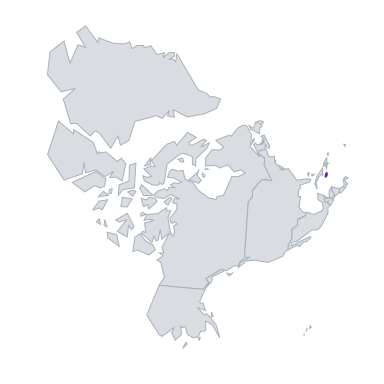 location of Jamaica within North America, rotated 275°
{"feature_id": "JAM", "entity_name": "Jamaica", "entity_type": "country or territory", "adm_level": 0, "iso_a3": "JAM", "parent_name": "North America", "parent_adm1": "", "projection": "mercator", "projection_center": [-77.28, 18.119], "detail": "fine", "context": "in_parent", "style": "filled", "palette": "violet", "viewbox_px": 384, "rotation_deg": 275, "n_neighbors": 17, "source": "natural_earth", "source_scale": "50m", "svg_char_len": 9350}
<svg xmlns="http://www.w3.org/2000/svg" viewBox="0 0 384 384"><g transform="rotate(275 192 192)"><path d="M131.6,250.0L126.1,245.7L122.6,244.5L121.8,239.7L116.6,233.3L117.5,227.8L106.8,213.5L103.0,216.9L96.0,211.5L96.1,167.4L104.8,171.9L119.3,167.0L121.2,162.9L125.9,168.7L128.5,164.8L128.7,169.1L134.3,166.9L146.4,171.8L149.1,174.6L146.3,177.2L149.9,178.3L156.8,176.8L158.9,179.9L161.0,177.3L159.0,175.0L160.3,173.2L164.2,172.4L173.4,178.5L179.3,177.8L179.1,174.5L180.8,173.6L183.9,175.4L183.9,180.3L187.6,170.9L183.2,165.2L183.3,158.7L185.7,154.2L190.2,157.9L192.9,164.6L191.1,167.4L194.8,168.6L194.8,174.2L197.4,169.9L199.7,173.4L199.1,177.3L201.0,180.8L204.5,172.5L204.6,166.4L210.3,167.7L212.9,170.4L211.6,176.0L212.7,181.2L204.1,184.0L201.1,192.4L194.5,197.7L187.6,209.1L186.7,216.7L189.6,217.3L191.4,223.6L211.0,230.4L211.3,236.7L215.6,243.3L218.2,239.0L215.8,232.0L222.2,225.6L218.3,217.3L220.6,213.2L219.1,203.2L227.5,202.7L235.8,208.4L236.4,216.7L239.6,219.5L245.6,211.3L251.8,224.0L251.1,226.3L259.8,232.2L262.9,236.7L263.0,240.3L254.5,246.3L242.0,246.3L232.8,256.4L244.7,249.3L246.4,250.8L244.6,252.8L245.8,258.0L248.4,259.5L251.6,259.0L253.6,255.9L255.0,258.9L244.1,265.5L242.6,265.3L242.5,263.0L245.9,260.7L240.6,261.1L239.3,255.7L236.5,254.6L232.1,261.5L225.5,261.5L210.7,270.5L209.3,269.7L211.2,265.4L210.4,260.5L199.0,252.1L192.6,252.6L186.4,248.9L131.6,250.0ZM207.6,202.7L209.1,200.7L211.8,200.8L209.4,203.9L207.6,202.7ZM215.9,148.5L213.8,142.5L222.8,148.3L218.6,148.0L215.9,148.5ZM216.1,206.1L215.6,203.0L216.9,203.9L216.1,206.1ZM188.8,133.1L187.7,136.0L182.5,133.5L186.4,128.0L188.8,133.1ZM188.3,112.1L183.8,111.8L183.3,109.3L187.2,109.4L188.3,112.1ZM179.0,99.2L185.0,103.7L181.5,109.1L179.0,99.2ZM215.8,133.6L191.1,134.2L188.2,122.5L181.9,118.9L192.7,118.7L197.4,128.3L213.2,127.4L215.8,133.6ZM151.4,107.2L157.0,107.7L149.8,110.2L151.4,107.2ZM153.8,99.4L157.4,101.9L151.7,103.8L153.8,99.4ZM263.2,242.9L260.8,247.6L267.3,249.3L266.7,251.5L268.1,251.0L269.0,254.3L268.1,256.9L266.0,256.4L265.8,253.7L263.6,256.2L261.9,254.1L256.0,254.1L259.7,244.8L263.2,242.9ZM203.9,187.9L212.4,196.1L215.2,197.2L209.3,195.5L204.6,200.1L201.3,198.0L203.9,187.9ZM214.0,153.3L219.7,148.9L237.4,162.7L240.9,170.3L237.3,172.8L250.9,182.5L246.9,191.4L241.4,184.8L238.9,185.4L238.6,188.2L245.4,198.6L244.8,201.7L237.4,197.1L242.5,204.9L237.2,203.2L225.5,192.9L218.3,193.4L219.5,190.0L227.3,189.3L229.8,180.3L228.5,176.3L217.5,164.8L198.4,163.4L196.8,161.3L198.9,158.6L196.1,158.5L195.5,152.2L199.0,143.5L204.0,141.7L202.6,146.1L204.1,150.3L210.9,142.1L214.3,149.1L214.0,153.3ZM184.1,144.2L191.1,139.6L194.9,141.3L185.3,153.3L184.1,144.2ZM131.5,124.2L138.9,112.2L144.6,111.0L142.8,120.8L131.5,124.2ZM111.6,236.2L114.1,233.9L113.6,237.6L115.3,240.2L111.6,236.2ZM165.5,94.8L174.7,99.9L176.9,108.6L166.2,104.1L168.0,101.2L165.5,94.8ZM130.3,251.5L126.1,250.5L120.8,244.6L125.9,246.1L130.3,251.5ZM127.5,138.2L141.9,139.0L145.9,144.0L138.7,150.4L136.2,157.5L131.1,160.5L125.5,154.5L129.4,142.5L127.5,138.2ZM157.5,118.5L165.1,129.3L152.4,137.3L149.1,135.1L153.2,131.7L141.6,131.3L146.1,121.2L158.5,129.3L155.7,121.6L157.5,118.5ZM159.8,146.6L165.7,149.4L167.5,159.9L174.2,168.1L170.9,168.5L171.5,172.7L164.6,170.3L150.2,173.8L142.3,166.0L152.0,163.6L141.2,162.6L140.2,160.4L144.7,158.0L138.3,156.5L146.6,145.1L148.6,146.4L147.6,149.5L156.9,147.5L160.3,155.9L161.2,153.3L159.8,146.6ZM175.4,149.1L173.3,144.8L181.4,142.0L180.1,147.3L183.1,150.1L182.7,155.8L179.5,158.2L171.4,150.4L175.4,149.1ZM163.4,143.1L166.0,142.8L167.5,144.3L165.8,148.8L163.4,143.1ZM171.3,122.4L180.7,123.1L179.9,133.0L171.4,128.6L171.3,122.4ZM182.7,85.4L191.1,72.0L204.0,94.4L197.7,105.0L190.2,104.4L188.1,100.4L189.7,93.9L182.7,85.4ZM192.7,63.5L216.8,44.9L251.0,52.8L239.6,68.8L243.8,68.8L232.7,89.4L221.5,94.5L224.2,95.8L222.8,97.7L224.4,102.7L215.9,114.9L219.6,118.7L214.3,123.7L196.9,121.3L200.2,115.2L199.3,108.7L205.7,112.0L199.8,104.2L205.5,94.3L201.9,84.3L211.8,81.8L200.6,81.2L192.7,63.5ZM224.8,179.5L221.3,181.3L220.8,178.8L223.5,175.2L224.8,179.5ZM179.8,164.9L184.8,170.7L183.6,172.6L176.7,169.1L179.8,164.9ZM245.7,247.4L249.0,247.9L251.0,249.7L247.5,248.8L245.7,247.4ZM246.7,255.8L247.4,257.2L250.6,257.5L248.9,258.8L246.5,257.6L246.7,255.8Z" fill="#d9dde1" stroke="#a8b0b8" stroke-width="1"/><path d="M131.6,250.0L186.4,248.9L192.6,252.6L199.0,252.1L210.4,260.5L210.2,270.5L225.5,261.5L232.1,261.5L236.5,254.6L239.3,255.7L240.9,262.0L234.8,265.1L233.4,268.7L235.1,270.6L227.7,272.4L231.2,272.4L227.3,272.9L225.4,277.5L224.2,276.1L225.1,278.8L223.4,281.8L222.6,277.0L222.6,279.6L221.3,279.2L223.8,285.8L212.8,295.5L215.3,305.7L214.7,309.3L212.1,307.9L208.2,298.9L205.4,299.6L202.9,297.8L196.7,298.4L197.0,300.6L186.7,299.9L181.9,303.6L181.1,308.0L178.2,306.8L174.4,300.1L168.6,300.4L163.5,294.8L154.7,295.7L147.5,292.5L142.8,292.9L140.0,289.5L135.9,288.1L128.5,274.0L129.5,260.1L128.0,252.4L131.0,252.9L132.1,255.6L131.6,250.0ZM96.1,167.4L96.0,211.5L103.0,216.9L106.8,213.5L117.5,227.8L116.5,231.6L109.6,219.8L104.6,219.5L98.3,214.5L84.1,209.2L81.9,210.0L82.3,212.7L75.1,215.9L77.2,207.5L70.6,215.2L72.0,217.0L70.1,219.7L61.9,227.5L49.2,232.4L61.4,223.9L64.6,216.8L55.0,217.8L53.9,212.7L48.4,210.7L46.9,206.7L47.6,204.3L49.9,199.7L57.3,197.0L55.9,194.1L57.3,192.4L49.1,193.9L43.0,188.3L50.1,183.9L55.6,186.1L45.6,174.8L46.7,172.0L65.5,157.7L96.1,167.4ZM35.9,196.9L38.3,197.3L41.8,199.1L40.2,200.4L35.9,196.9ZM66.5,321.0L69.0,321.4L67.3,322.6L66.5,321.0ZM65.5,318.3L65.9,319.2L65.3,318.5L65.5,318.3ZM64.2,317.8L65.1,318.2L64.1,318.1L64.2,317.8ZM62.5,317.6L63.4,317.6L62.5,317.6ZM59.6,315.7L59.9,316.4L59.2,316.1L59.6,315.7ZM44.3,211.8L47.7,211.5L47.9,213.0L44.3,211.8ZM69.3,222.2L74.2,221.8L69.6,223.9L69.3,222.2Z" fill="#d9dde1" stroke="#a8b0b8" stroke-width="1"/><path d="M231.7,321.0L231.7,324.4L226.3,323.8L230.4,323.1L228.8,320.6L231.7,321.0Z" fill="#d9dde1" stroke="#a8b0b8" stroke-width="1"/><path d="M232.3,325.4L231.9,320.6L238.3,323.3L233.7,323.6L232.3,325.4Z" fill="#d9dde1" stroke="#a8b0b8" stroke-width="1"/><path d="M217.6,306.7L219.6,305.8L219.7,306.4L217.6,306.7ZM219.8,305.3L221.3,306.3L221.0,307.9L220.6,306.5L219.8,305.3ZM218.5,310.7L219.6,309.4L220.3,312.5L218.5,310.7Z" fill="#d9dde1" stroke="#a8b0b8" stroke-width="1"/><path d="M280.5,52.8L296.4,37.8L319.0,38.3L331.2,51.3L309.6,59.2L328.8,65.7L326.7,73.3L341.1,63.2L348.1,71.6L332.8,85.1L337.3,85.7L333.4,100.4L333.5,111.1L335.9,116.9L329.6,120.0L333.2,124.4L333.7,131.1L331.6,131.8L334.1,138.2L325.9,145.1L328.4,152.5L323.5,151.6L328.7,157.0L329.4,161.9L325.9,163.0L322.0,157.3L322.7,161.4L320.4,164.4L328.3,165.0L294.1,189.3L291.4,198.3L288.2,201.7L289.0,205.0L287.1,212.3L277.5,209.3L271.0,197.6L266.4,180.8L272.4,166.1L265.0,167.9L265.6,160.9L271.4,162.4L262.7,155.9L264.9,149.9L257.3,129.0L237.9,124.7L232.3,116.7L241.3,113.4L228.5,107.3L243.4,93.8L244.2,89.8L238.9,85.8L250.2,71.2L249.4,65.2L273.4,55.7L284.9,66.7L280.5,52.8Z" fill="#d9dde1" stroke="#a8b0b8" stroke-width="1"/><path d="M142.8,292.9L147.5,292.5L154.7,295.7L163.5,294.8L168.6,300.4L173.0,299.3L178.2,306.8L181.9,307.9L180.4,315.3L184.3,322.8L187.2,324.2L193.1,322.7L195.3,318.3L201.6,317.2L200.1,324.0L193.9,324.9L193.0,326.1L194.9,328.5L192.4,328.5L191.5,331.6L188.3,328.7L183.0,329.3L169.4,323.9L165.5,320.5L164.5,314.6L152.3,301.1L150.5,296.1L147.0,295.6L157.9,313.3L157.0,314.5L152.4,310.4L152.2,307.6L146.8,303.8L148.6,302.0L142.8,292.9Z" fill="#d9dde1" stroke="#a8b0b8" stroke-width="1"/><path d="M220.6,343.3L219.6,346.2L217.2,342.7L213.7,346.2L209.8,344.5L209.7,341.7L212.6,343.1L217.3,341.6L220.6,343.3Z" fill="#d9dde1" stroke="#a8b0b8" stroke-width="1"/><path d="M210.4,341.5L209.6,344.2L204.3,340.8L203.8,338.9L208.3,338.8L210.4,341.5Z" fill="#d9dde1" stroke="#a8b0b8" stroke-width="1"/><path d="M208.3,338.8L204.2,338.5L200.4,334.9L205.8,331.1L209.3,330.7L208.3,338.8Z" fill="#d9dde1" stroke="#a8b0b8" stroke-width="1"/><path d="M209.3,330.7L205.8,331.1L201.1,334.7L197.1,331.8L200.0,328.9L205.7,328.6L209.3,330.7Z" fill="#d9dde1" stroke="#a8b0b8" stroke-width="1"/><path d="M197.1,331.8L200.3,333.1L200.0,334.4L195.7,333.2L197.1,331.8Z" fill="#d9dde1" stroke="#a8b0b8" stroke-width="1"/><path d="M191.5,331.6L192.4,328.5L194.9,328.5L193.0,326.1L193.9,324.9L197.5,324.9L197.4,328.9L199.3,329.2L197.1,331.8L195.7,333.2L191.5,331.6Z" fill="#d9dde1" stroke="#a8b0b8" stroke-width="1"/><path d="M197.5,324.9L199.6,323.8L197.9,328.9L197.4,328.9L197.5,324.9Z" fill="#d9dde1" stroke="#a8b0b8" stroke-width="1"/><path d="M240.7,323.5L243.6,324.1L240.5,324.6L240.7,323.5Z" fill="#d9dde1" stroke="#a8b0b8" stroke-width="1"/><path d="M211.0,313.7L218.7,315.1L226.8,319.8L219.8,320.7L221.1,319.5L217.9,317.0L211.9,314.8L205.7,316.4L211.0,313.7Z" fill="#d9dde1" stroke="#a8b0b8" stroke-width="1"/><path d="M250.8,340.5L252.8,339.0L252.7,340.5L250.8,340.5Z" fill="#d9dde1" stroke="#a8b0b8" stroke-width="1"/><path d="M220.8,323.6L221.0,323.7L221.3,323.7L221.5,323.7L221.7,323.9L221.9,324.0L222.6,324.2L222.8,324.6L222.7,324.8L222.4,324.8L222.2,324.8L222.0,324.7L221.9,324.7L221.7,324.7L221.8,324.6L221.7,324.6L221.4,324.8L221.2,324.8L221.2,324.7L221.1,324.8L220.9,325.1L220.6,324.9L220.4,324.8L220.0,324.8L219.8,324.8L219.6,324.6L219.4,324.4L219.3,324.2L219.2,324.1L218.8,324.1L218.7,323.9L218.8,323.6L219.2,323.6L219.4,323.6L219.5,323.5L220.4,323.6L220.6,323.6L220.8,323.6Z" fill="#8b5cf6" stroke="#5b21b6" stroke-width="1.5"/></g></svg>